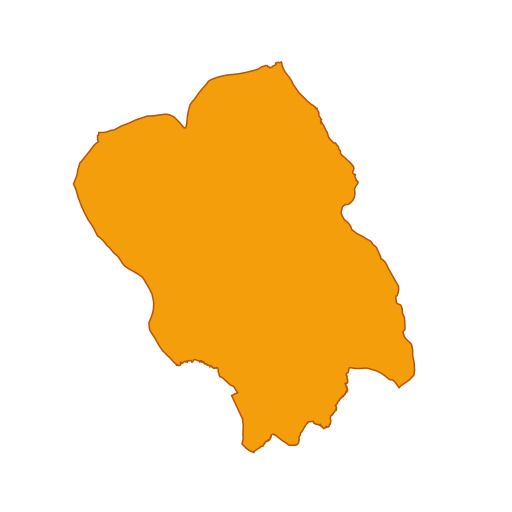 Nong Bun Mak, Nakhon Ratchasima, Thailand, rotated 150°
{"feature_id": "78962969B63002295822353", "entity_name": "Nong Bun Mak", "entity_type": "district", "adm_level": 2, "iso_a3": "THA", "parent_name": "Thailand", "parent_adm1": "Nakhon Ratchasima", "projection": "natural_earth1", "projection_center": [102.371, 14.724], "detail": "fine", "context": "isolated", "style": "filled", "palette": "amber", "viewbox_px": 512, "rotation_deg": 150, "n_neighbors": 0, "source": "geoboundaries", "source_scale": "gbopen_adm2", "svg_char_len": 6005}
<svg xmlns="http://www.w3.org/2000/svg" viewBox="0 0 512 512"><g transform="rotate(150 256 256)"><path d="M197.9,70.4L195.8,71.1L185.3,72.0L179.1,73.8L178.0,74.9L175.7,77.9L173.1,82.9L170.2,91.1L167.1,96.8L165.7,101.0L165.6,102.6L167.5,109.0L167.9,111.7L166.9,116.2L166.5,116.9L165.9,117.3L164.5,117.5L163.6,118.1L163.2,118.7L158.3,128.2L157.7,133.4L155.8,137.2L155.3,139.7L155.3,141.3L157.6,144.5L157.7,145.1L155.6,150.5L154.8,151.1L153.5,151.1L152.7,152.1L151.3,153.0L149.4,155.3L147.7,158.4L147.6,179.4L147.3,181.5L147.2,185.3L147.5,187.5L148.3,189.7L149.3,191.3L148.5,192.7L147.4,203.1L148.2,205.9L148.6,206.1L149.0,207.5L149.1,211.1L149.3,211.6L152.1,216.1L153.3,218.6L157.6,225.3L159.1,229.3L159.8,230.2L159.2,234.7L159.4,237.3L159.8,239.4L161.3,243.3L161.3,247.5L161.1,249.0L160.6,251.1L156.9,255.0L155.0,255.8L153.0,255.8L150.7,254.7L148.7,254.6L144.7,255.6L142.2,257.1L141.0,258.2L139.0,260.8L137.1,264.9L134.5,266.7L131.8,267.9L131.2,268.7L130.7,268.7L130.6,270.2L131.4,271.0L131.5,271.6L130.8,272.9L130.7,275.2L130.5,275.7L129.4,276.4L129.2,276.9L129.5,277.3L130.5,277.9L130.8,279.7L130.2,280.5L127.9,282.2L127.3,283.2L126.9,285.1L127.6,289.5L130.5,298.5L131.3,300.4L131.4,302.5L130.4,305.0L130.8,306.5L130.6,307.7L130.2,308.4L130.1,309.6L130.5,311.5L130.7,314.3L132.0,314.7L132.3,315.1L133.7,321.6L133.5,323.8L132.6,327.1L132.5,328.5L132.7,330.0L132.4,331.2L132.2,335.7L132.3,337.9L133.2,338.2L133.1,339.7L132.1,339.6L132.0,341.4L130.9,341.7L131.2,342.4L131.3,346.2L130.6,347.9L130.0,348.2L129.8,351.6L129.3,353.5L130.4,353.8L130.2,355.5L131.0,356.9L131.3,358.1L132.2,359.2L134.0,364.3L137.2,376.3L138.0,386.0L137.6,389.3L137.8,393.6L138.8,400.3L138.6,404.7L137.9,408.9L137.3,410.1L137.1,411.4L138.7,411.4L139.6,412.3L140.8,413.0L142.6,413.3L143.1,411.7L146.5,412.0L147.7,411.7L150.0,412.1L150.0,413.1L151.1,414.1L150.9,415.0L152.1,416.0L156.4,417.0L160.8,416.8L164.6,417.6L173.4,420.2L179.8,422.4L191.6,427.6L199.5,430.0L206.5,431.2L209.9,431.1L213.7,429.4L219.8,427.4L224.0,425.8L230.4,422.7L234.7,421.3L237.4,419.9L242.0,415.5L245.1,411.8L250.5,404.4L252.7,402.2L254.3,402.9L255.4,409.9L257.6,417.7L260.4,421.7L263.3,424.0L270.3,427.0L274.4,428.5L280.4,431.6L292.4,434.0L299.5,434.6L307.5,435.9L316.1,436.1L318.9,437.4L323.2,438.1L326.1,439.1L330.4,441.6L332.0,439.2L333.0,439.6L335.2,435.6L335.4,433.7L338.2,433.5L341.2,432.8L350.4,428.9L362.3,424.4L366.9,420.0L371.1,415.1L376.9,410.5L378.0,409.8L378.8,403.0L380.7,395.7L382.3,385.8L382.9,378.7L383.2,371.5L382.6,362.7L383.2,352.5L382.4,351.0L380.7,345.9L379.7,339.3L378.6,336.2L377.6,329.9L375.7,324.3L375.3,316.0L374.7,313.0L372.6,308.5L367.0,299.1L365.1,294.6L364.8,293.1L364.7,280.5L365.1,275.0L367.2,268.5L368.3,266.1L371.4,261.3L373.9,258.4L377.3,255.4L381.5,252.3L382.4,251.2L384.4,246.8L384.9,245.1L385.1,242.9L384.6,235.4L384.7,227.0L384.3,220.7L383.5,218.4L382.3,213.4L381.5,211.4L380.6,206.4L379.2,201.9L379.5,201.1L379.1,200.8L378.3,201.2L377.9,199.8L375.9,199.3L375.6,199.5L375.4,200.3L374.6,200.6L374.7,201.5L374.4,201.7L374.2,201.4L374.0,200.2L373.5,199.9L370.5,200.4L369.9,199.5L368.6,199.6L368.9,198.6L368.6,198.3L367.6,199.0L366.7,199.1L366.0,198.5L364.5,198.0L364.5,196.1L363.4,196.1L362.1,197.1L361.5,197.1L360.1,196.4L358.8,194.4L357.3,193.4L357.4,193.0L357.8,192.6L357.8,192.4L356.8,192.2L356.3,191.5L356.0,191.8L356.0,192.8L355.5,192.6L355.2,191.8L355.4,191.2L355.0,190.0L354.4,190.5L354.1,190.4L354.3,188.2L354.1,187.7L352.8,187.4L352.7,186.9L352.9,185.9L351.8,185.4L351.4,184.4L350.7,184.1L351.1,183.1L349.8,183.4L349.9,182.1L348.9,181.3L349.1,180.5L348.9,180.0L348.3,179.6L347.4,179.8L346.7,178.6L345.6,178.9L345.3,178.6L345.2,177.1L346.6,174.6L346.9,172.7L347.5,171.3L347.7,169.6L347.1,169.2L346.1,167.6L345.3,165.5L342.8,157.3L341.0,154.8L340.6,153.9L340.3,146.7L342.9,147.2L345.9,147.1L346.9,147.4L349.1,121.8L351.8,115.5L356.2,108.5L358.4,104.2L362.1,100.2L360.5,94.0L358.9,90.6L356.2,86.9L355.0,87.8L348.1,88.2L347.6,88.7L346.7,88.7L346.4,88.2L344.6,88.0L343.2,89.1L342.7,89.1L342.2,89.6L341.8,89.5L341.7,89.8L341.3,90.2L340.2,90.4L340.0,90.1L339.1,90.4L338.7,90.3L338.4,89.7L337.9,89.8L337.2,90.6L336.4,89.9L334.7,90.8L334.3,91.7L333.4,91.7L332.4,93.2L331.6,93.4L330.1,93.0L329.7,92.7L329.6,91.9L329.1,92.0L328.8,91.4L325.6,83.1L323.4,79.1L322.5,76.4L321.8,75.4L315.9,72.1L314.3,72.2L312.5,73.0L311.0,75.1L310.6,75.1L309.9,76.7L309.0,77.9L306.9,79.0L305.9,80.7L304.9,80.6L297.5,84.7L295.8,85.4L294.8,85.4L294.2,86.3L293.7,86.3L289.1,84.1L289.0,83.8L289.5,82.6L288.9,81.8L288.8,80.9L288.0,80.6L287.7,79.9L286.4,78.9L285.6,77.7L284.9,78.3L284.5,78.2L284.5,77.4L284.9,75.9L283.8,75.3L284.2,74.2L283.6,72.6L282.9,72.8L282.4,72.5L281.7,72.8L281.3,72.5L280.8,73.1L280.3,73.2L280.1,73.0L280.4,72.8L280.3,72.4L279.9,72.4L278.9,71.8L277.8,72.0L276.8,73.1L276.2,73.1L276.1,73.5L275.1,73.8L274.7,74.7L273.7,75.5L273.3,76.6L273.3,77.4L271.4,80.2L271.0,80.0L270.3,80.5L269.3,80.2L268.8,80.8L268.1,80.7L267.3,81.5L266.7,81.4L265.8,81.7L265.1,82.4L264.2,82.4L263.8,82.9L263.4,82.5L263.1,83.0L263.2,83.6L262.5,83.7L262.0,84.5L262.0,85.1L262.2,85.4L261.8,85.7L261.6,86.4L261.9,86.8L259.2,87.7L258.9,88.3L257.8,88.6L257.7,89.0L257.0,89.3L256.2,89.1L256.0,89.7L255.2,89.8L255.0,90.2L253.1,90.5L252.5,90.9L252.2,90.6L251.5,90.7L250.9,91.3L250.4,90.8L249.9,91.4L248.4,91.5L248.3,91.9L247.7,91.9L247.4,92.4L246.7,92.6L246.2,93.3L245.7,92.7L245.4,93.6L245.1,93.7L244.9,93.4L244.6,93.6L244.2,93.5L244.2,94.2L243.3,94.8L243.3,95.2L243.8,95.4L243.6,96.1L243.3,96.3L243.3,96.8L242.9,96.7L242.8,97.0L242.7,98.1L243.3,98.6L242.4,99.8L242.5,100.5L242.8,100.8L242.8,101.0L242.2,100.9L241.9,101.2L241.5,100.9L241.4,100.4L240.7,100.3L240.2,100.9L239.3,101.2L239.3,101.9L238.9,102.3L239.0,102.7L238.5,103.0L238.7,103.7L237.2,106.4L237.6,107.3L237.0,107.9L236.9,108.5L236.3,109.1L234.5,109.0L231.9,111.8L231.7,112.3L231.1,112.4L230.6,112.1L230.1,112.1L226.4,109.1L223.4,107.2L216.9,104.0L215.6,103.1L209.1,96.3L206.2,92.0L204.1,87.5L202.1,82.2L199.5,80.2L198.7,77.2L197.9,70.4Z" fill="#f59e0b" stroke="#b45309" stroke-width="1.5"/></g></svg>